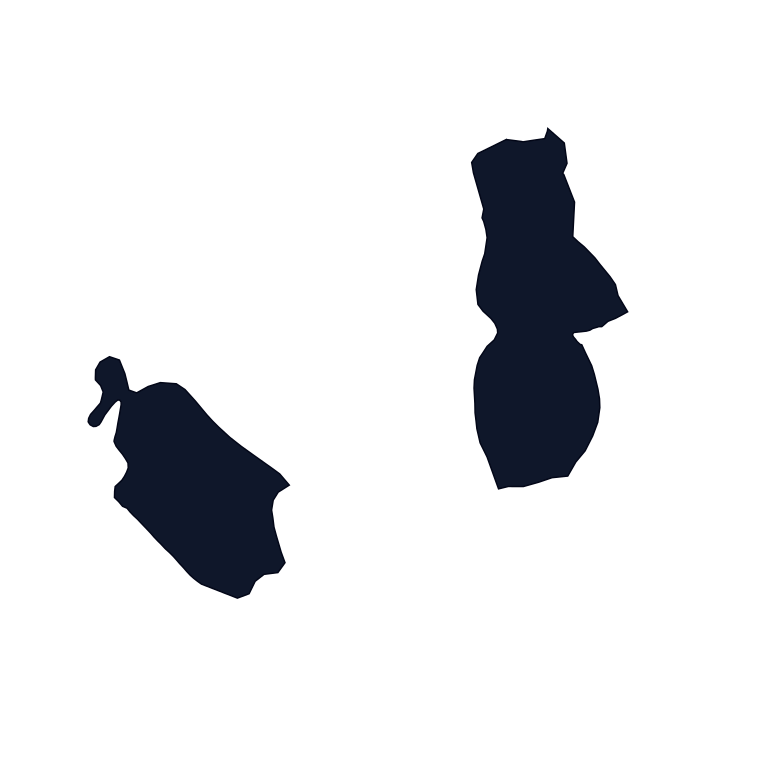 Amran, Hajjah, Yemen, rotated 325°
{"feature_id": "15242507B71774555115176", "entity_name": "Amran", "entity_type": "district", "adm_level": 2, "iso_a3": "YEM", "parent_name": "Yemen", "parent_adm1": "Hajjah", "projection": "natural_earth1", "projection_center": [43.831, 15.676], "detail": "fine", "context": "isolated", "style": "filled", "palette": "ink", "viewbox_px": 768, "rotation_deg": 325, "n_neighbors": 0, "source": "geoboundaries", "source_scale": "gbopen_adm2", "svg_char_len": 2665}
<svg xmlns="http://www.w3.org/2000/svg" viewBox="0 0 768 768"><g transform="rotate(325 384 384)"><path d="M417.7,535.6L427.0,539.2L439.3,547.9L454.5,553.2L467.9,557.1L481.7,564.8L484.7,563.4L496.4,557.9L510.4,554.1L525.2,546.2L536.5,538.4L537.1,538.0L547.2,527.2L552.0,519.8L556.3,510.9L561.8,496.8L564.6,488.2L567.0,473.4L568.5,465.3L567.3,463.9L566.5,459.8L566.5,457.6L566.2,454.3L566.4,452.6L567.3,451.2L569.0,450.7L571.5,452.0L575.6,454.3L580.2,456.8L583.5,458.0L586.7,458.2L591.1,459.7L592.8,460.2L595.3,461.9L596.7,461.8L603.4,461.1L611.4,463.0L625.0,464.6L626.4,445.8L630.6,435.3L630.7,425.8L629.5,409.9L629.1,401.6L626.7,386.7L624.5,378.5L623.1,371.6L644.4,344.3L651.4,315.6L651.2,313.9L660.5,308.2L669.9,290.0L664.7,268.7L662.9,270.6L656.4,275.2L646.3,270.1L636.8,265.4L635.5,264.0L624.6,254.1L624.6,253.9L593.1,249.0L582.9,252.8L578.4,262.3L566.1,297.9L559.6,304.2L558.9,308.1L556.1,315.9L552.4,323.3L541.2,335.1L534.9,339.7L523.9,349.0L513.7,359.6L506.6,372.7L506.9,381.2L509.2,391.6L509.6,397.8L508.4,404.0L506.4,407.4L499.6,411.1L490.1,412.3L482.7,415.3L477.5,417.3L471.0,422.2L460.5,432.4L455.4,439.0L447.3,452.1L442.1,459.8L438.3,466.9L434.4,474.0L429.0,487.3L426.6,502.9L418.8,531.5L417.7,535.6ZM119.7,443.2L141.1,475.3L153.2,478.4L165.3,471.7L176.6,471.1L188.9,477.6L200.4,473.6L203.3,462.7L208.7,446.7L211.8,438.1L216.1,430.0L219.6,422.8L226.6,415.6L235.3,411.9L248.4,412.5L247.0,397.9L244.3,389.9L241.6,382.3L236.3,367.4L231.3,353.2L227.1,339.3L223.8,324.4L222.3,316.0L221.2,307.6L219.7,289.8L217.8,274.4L214.0,264.7L201.6,254.6L189.4,250.8L176.3,249.4L171.5,242.6L174.7,234.6L177.7,226.8L181.0,212.6L174.8,204.2L164.0,203.2L155.9,207.0L151.2,213.3L150.0,215.1L151.0,222.7L149.4,229.5L145.7,232.8L143.3,234.9L142.1,235.9L140.7,237.0L135.5,238.3L132.2,239.2L126.2,240.6L122.4,242.7L120.0,245.3L119.9,247.0L119.9,248.9L121.5,252.1L122.0,252.4L123.8,253.5L127.4,253.9L130.4,252.8L137.6,249.2L148.0,245.8L153.4,244.6L156.7,244.4L158.1,245.5L158.3,245.7L158.3,248.0L156.8,250.2L151.3,255.8L147.5,259.6L144.0,263.0L140.2,266.9L136.9,270.2L133.4,272.9L130.6,275.4L129.9,276.3L128.9,281.4L129.1,286.3L129.5,291.5L129.4,296.8L129.0,301.8L126.4,306.0L122.6,308.6L118.4,310.8L114.1,312.5L109.5,313.2L105.0,313.8L104.2,314.7L101.8,317.4L98.1,322.4L99.2,328.2L99.7,334.2L102.3,338.4L102.6,343.1L103.4,348.2L103.6,349.1L103.7,349.5L104.5,353.2L105.1,357.3L105.2,358.0L105.9,362.6L106.7,367.8L107.4,372.7L107.9,377.7L108.7,382.9L109.6,387.8L109.6,388.0L110.3,393.0L110.5,394.1L111.5,398.4L112.5,403.9L113.1,408.8L113.6,413.9L114.4,419.5L114.9,424.4L115.6,429.4L116.7,434.1L118.1,438.7L119.7,443.2Z" fill="#0f172a" stroke="#020617" stroke-width="1.5"/></g></svg>